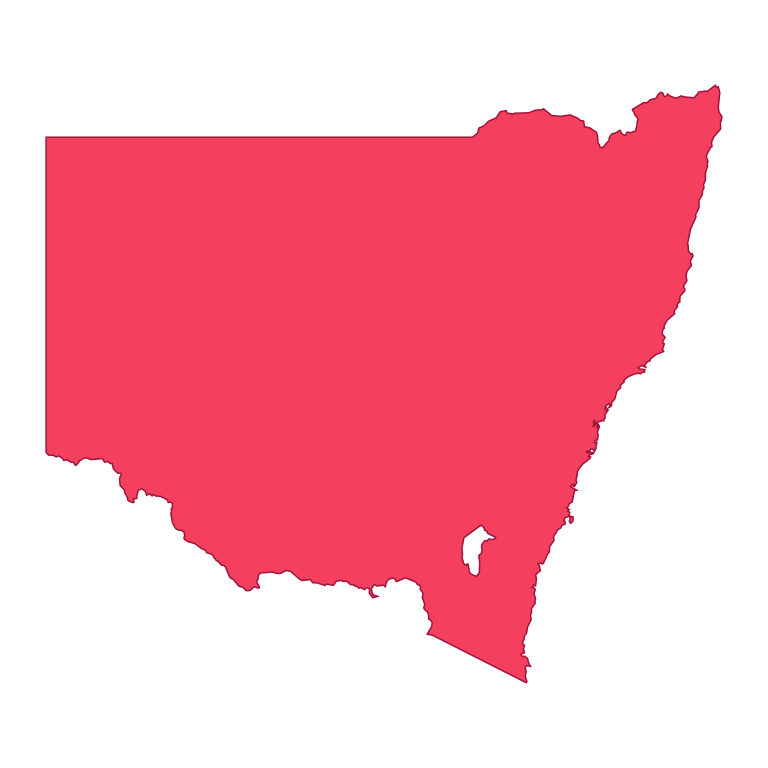 New South Wales, Mercator projection
{"feature_id": "AUS-2654", "entity_name": "New South Wales", "entity_type": "State", "adm_level": 1, "iso_a3": "AUS", "parent_name": "Australia", "parent_adm1": "", "projection": "mercator", "projection_center": [149.115, -32.83], "detail": "fine", "context": "isolated", "style": "filled", "palette": "rose", "viewbox_px": 768, "rotation_deg": 0, "n_neighbors": 0, "source": "natural_earth", "source_scale": "10m", "svg_char_len": 6079}
<svg xmlns="http://www.w3.org/2000/svg" viewBox="0 0 768 768"><path d="M715.3,85.3L716.6,87.1L718.3,86.9L719.8,92.6L718.3,106.9L719.0,112.1L721.9,116.5L721.3,120.7L720.4,122.6L720.6,129.1L713.6,137.2L711.5,142.4L712.0,146.5L710.6,147.3L706.9,154.4L706.4,156.9L708.0,161.5L707.2,163.2L707.6,166.0L705.5,172.5L705.4,180.0L703.6,184.5L704.0,188.0L702.8,189.8L702.1,195.2L699.0,200.2L699.1,206.6L698.3,209.5L695.5,214.6L696.0,216.4L695.2,218.7L690.5,229.2L687.5,244.2L688.2,245.2L688.4,250.5L690.0,253.4L691.1,254.1L692.4,253.6L692.9,256.2L690.7,260.3L690.3,262.6L691.3,264.0L691.4,265.6L687.1,271.1L686.0,275.8L686.9,280.8L683.8,285.5L683.7,287.1L685.0,289.7L684.7,291.0L679.9,296.4L680.1,298.3L679.4,299.9L680.1,301.1L676.9,304.9L677.5,306.7L674.5,310.5L674.1,312.6L674.7,313.6L667.3,320.1L663.9,326.3L664.4,328.0L662.9,329.6L662.0,333.7L665.1,337.4L662.8,341.3L662.9,343.3L664.3,343.8L662.5,349.5L663.6,351.5L656.2,354.5L650.4,358.9L650.0,360.8L647.3,361.9L644.9,364.8L644.7,365.9L646.4,367.7L642.0,365.5L637.9,367.7L639.6,369.0L644.8,369.5L644.6,372.1L642.7,372.1L640.5,373.8L637.8,373.3L633.9,374.1L628.0,376.9L623.9,380.2L624.2,381.8L620.6,385.2L620.5,387.9L617.0,390.9L614.7,399.2L611.6,402.6L611.6,405.6L608.7,407.9L610.1,404.7L608.8,403.6L605.4,406.4L606.3,407.9L604.8,408.3L605.3,409.7L606.6,410.2L607.7,408.7L608.1,410.0L605.0,414.8L605.1,418.1L604.1,418.6L603.9,420.7L600.6,421.0L596.3,422.9L595.4,422.9L594.3,420.3L593.5,421.2L593.7,423.7L594.7,424.2L593.2,426.0L594.5,425.8L596.2,423.6L597.2,423.5L597.7,424.0L597.0,428.5L598.6,424.9L599.4,426.5L597.7,431.4L597.5,433.5L598.2,434.8L597.5,439.9L595.4,440.1L594.4,441.9L594.8,443.0L595.6,443.2L596.6,441.9L596.9,442.8L595.8,447.1L596.2,448.1L594.5,451.4L592.0,448.5L590.9,448.8L589.9,451.2L586.8,451.2L586.3,452.1L588.8,453.2L589.7,452.3L593.6,452.7L593.5,453.7L589.9,454.7L588.4,456.5L590.6,456.9L590.2,458.2L582.7,464.1L579.5,468.1L577.1,472.5L577.3,474.6L576.0,480.3L576.8,482.6L574.4,486.5L573.4,486.2L573.7,484.4L572.7,484.2L570.5,486.6L576.7,490.2L574.9,490.5L574.2,491.7L572.3,501.9L569.4,503.5L568.0,506.8L566.6,507.8L569.3,509.6L567.6,510.7L569.8,512.5L569.2,515.2L570.3,516.3L573.2,517.0L572.9,521.1L570.8,523.3L569.3,521.2L570.1,519.4L569.8,517.0L568.7,516.5L564.9,517.8L563.9,521.0L564.9,521.3L565.3,523.9L561.7,525.5L560.5,528.3L557.3,530.0L556.5,532.3L554.4,535.0L553.6,537.3L554.0,540.5L549.6,546.6L549.4,552.0L547.6,554.0L543.3,563.5L542.3,564.0L540.1,562.9L537.9,563.8L539.3,565.4L540.4,570.8L537.9,572.4L535.7,575.1L536.4,578.9L535.6,585.9L533.4,585.0L532.0,587.3L533.1,586.8L535.3,589.4L534.1,593.3L535.4,598.5L535.5,599.9L534.8,600.5L535.3,603.0L531.4,608.7L531.6,612.5L530.5,615.0L531.2,619.4L527.4,627.4L526.6,633.0L523.9,637.0L524.4,638.5L522.8,642.0L522.5,643.6L524.6,645.2L523.4,648.5L524.5,652.5L524.0,653.1L523.5,652.5L521.0,654.8L522.1,656.4L524.8,656.3L527.5,658.4L528.7,663.2L530.5,666.4L526.9,665.7L525.0,667.4L526.1,671.0L525.3,676.3L526.9,681.7L526.2,682.7L432.2,635.1L427.2,634.2L431.7,626.5L432.1,622.8L431.2,620.7L428.7,619.1L428.6,615.2L427.6,612.2L424.2,609.0L423.8,607.5L424.8,604.5L422.3,597.5L423.1,593.2L420.2,589.3L420.5,585.7L417.5,584.6L415.8,582.1L405.3,577.8L396.9,581.5L396.0,581.2L395.0,579.0L393.0,578.2L389.0,579.1L387.6,580.4L386.4,582.3L385.3,586.8L383.5,585.2L377.0,586.0L374.3,584.4L371.4,588.6L372.1,592.9L373.5,594.9L377.6,596.4L372.8,597.8L369.3,593.3L369.5,588.9L367.4,587.8L365.7,588.1L364.8,589.6L360.6,587.6L358.9,588.2L357.1,586.4L354.9,586.2L354.1,584.9L350.5,584.6L347.0,581.4L342.8,581.4L340.6,580.1L338.9,581.0L336.7,580.7L333.4,585.3L326.6,584.1L325.5,584.4L325.2,585.5L317.0,582.9L312.7,582.7L310.4,579.6L302.2,580.5L300.0,579.5L290.7,571.5L286.5,570.5L280.2,573.4L278.0,573.6L271.8,572.0L260.6,573.0L258.6,574.8L258.1,578.7L256.6,582.2L258.9,585.8L259.4,587.1L258.8,588.2L254.2,586.8L250.0,590.5L246.2,590.7L243.1,587.3L238.9,586.2L233.0,579.1L230.8,578.3L229.2,576.1L225.5,567.1L224.0,565.6L221.4,565.1L217.9,561.3L216.3,560.6L212.0,554.5L206.5,552.5L205.6,550.4L201.2,548.3L194.7,543.5L187.9,541.6L184.4,539.2L183.9,537.6L184.7,536.1L184.2,532.4L182.4,530.8L177.7,529.8L175.5,528.4L172.6,523.1L170.8,513.6L171.5,511.2L171.2,508.9L172.3,507.4L172.4,503.4L170.6,502.0L168.2,502.5L167.5,500.0L160.7,496.4L155.8,496.0L152.9,494.5L152.1,495.9L149.6,493.8L146.7,495.2L145.3,491.3L141.9,488.8L138.4,490.2L136.7,495.8L136.8,498.5L133.3,498.9L134.0,502.2L133.1,502.7L128.9,501.1L127.5,499.8L127.5,497.8L124.6,492.2L124.6,490.2L120.2,485.7L119.5,478.6L121.3,474.2L120.8,473.0L118.0,473.3L115.9,471.6L113.4,468.8L112.2,463.5L110.3,463.6L107.6,461.4L104.6,462.2L102.3,458.6L91.1,459.6L86.1,457.8L83.9,458.2L79.8,460.8L76.5,465.0L75.3,465.3L73.4,462.3L70.7,462.1L67.0,459.8L63.8,460.5L62.6,458.5L59.0,456.0L56.2,456.9L53.2,455.3L48.5,455.1L46.1,452.3L46.1,137.2L472.6,137.2L477.5,133.3L479.1,127.9L483.7,126.1L488.4,121.3L496.4,117.7L500.1,111.8L506.0,110.6L507.4,113.2L511.1,113.6L511.8,114.4L514.8,113.2L528.7,112.8L536.1,110.0L541.5,109.9L543.6,108.8L551.7,115.6L560.9,116.3L570.1,114.9L577.6,118.1L580.1,120.3L583.6,121.0L584.5,126.7L589.7,127.8L596.5,132.3L597.7,137.2L598.0,143.3L599.5,144.7L599.9,147.3L601.3,147.6L603.8,146.6L607.0,142.4L609.0,140.9L609.3,137.7L611.4,134.2L616.2,132.6L620.0,130.2L622.2,134.2L625.3,135.6L627.1,132.1L630.9,132.6L635.4,131.0L636.9,125.5L637.3,121.0L638.3,119.0L634.8,114.8L633.9,111.9L632.4,110.3L632.7,109.1L643.4,102.8L647.1,102.7L650.3,99.7L655.4,98.5L656.7,97.4L657.8,94.8L660.7,92.3L662.9,93.2L663.6,95.6L664.9,96.5L666.5,96.0L667.7,94.1L669.7,95.8L674.9,98.0L677.4,97.8L681.0,95.9L685.2,97.0L693.9,97.8L697.1,94.6L698.5,92.1L705.6,91.0L707.1,91.5L715.3,85.3ZM492.9,539.6L494.6,538.9L495.7,537.3L487.5,533.3L487.1,531.4L484.6,530.2L484.0,527.4L480.9,525.2L463.9,537.7L461.9,548.4L462.5,554.2L462.0,558.8L463.0,560.3L463.2,562.8L465.2,564.9L466.0,565.3L467.2,563.9L468.1,564.2L469.2,571.2L470.6,573.8L476.4,576.5L479.3,572.6L479.7,563.0L478.8,556.1L479.4,554.8L480.9,554.2L482.2,550.0L481.5,547.3L481.8,544.5L484.9,540.5L486.6,541.1L489.0,538.9L492.9,539.6Z" fill="#f43f5e" stroke="#9f1239" stroke-width="1.5"/></svg>